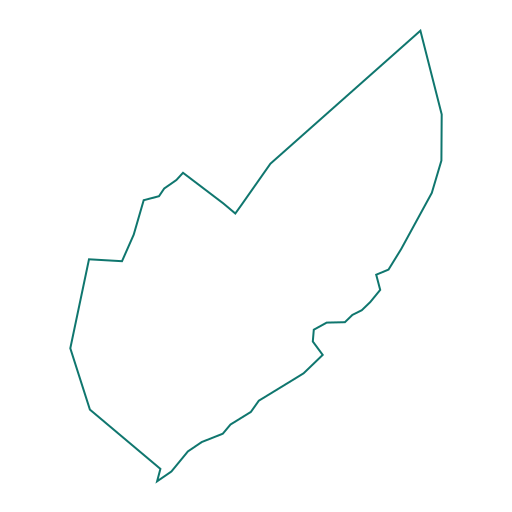 the district of Coronel João Pessoa, Rio Grande do Norte, Brazil
{"feature_id": "56859067B20102167049206", "entity_name": "Coronel João Pessoa", "entity_type": "district", "adm_level": 2, "iso_a3": "BRA", "parent_name": "Brazil", "parent_adm1": "Rio Grande do Norte", "projection": "albers", "projection_center": [-38.419, -6.251], "detail": "fine", "context": "isolated", "style": "outline", "palette": "teal", "viewbox_px": 512, "rotation_deg": 0, "n_neighbors": 0, "source": "geoboundaries", "source_scale": "gbopen_adm2", "svg_char_len": 627}
<svg xmlns="http://www.w3.org/2000/svg" viewBox="0 0 512 512"><path d="M441.7,114.4L420.4,30.7L270.4,163.7L241.9,204.3L235.3,213.5L223.3,203.4L183.0,172.8L176.4,180.0L164.2,188.5L159.0,196.2L143.7,200.2L133.7,234.7L122.0,261.2L89.0,259.3L70.3,348.3L89.9,409.6L160.4,468.9L157.1,481.3L171.4,471.5L187.9,451.4L201.8,442.0L222.8,433.7L230.5,424.5L250.9,411.9L258.8,400.7L296.3,377.8L303.6,373.3L322.7,354.9L312.8,341.5L313.8,329.7L326.7,322.6L344.9,322.2L352.4,314.9L361.8,310.2L370.3,302.0L380.2,289.9L376.2,274.7L388.5,269.6L401.2,249.0L431.8,192.9L441.4,160.6L441.7,114.4Z" fill="none" stroke="#0f766e" stroke-width="2"/></svg>